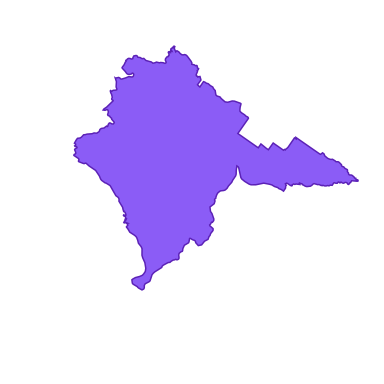 outline of Batang Hari, Jambi, Indonesia, rotated 305°
{"feature_id": "22746128B80000441774097", "entity_name": "Batang Hari", "entity_type": "district", "adm_level": 2, "iso_a3": "IDN", "parent_name": "Indonesia", "parent_adm1": "Jambi", "projection": "robinson", "projection_center": [103.186, -1.853], "detail": "fine", "context": "isolated", "style": "filled", "palette": "violet", "viewbox_px": 384, "rotation_deg": 305, "n_neighbors": 0, "source": "geoboundaries", "source_scale": "gbopen_adm2", "svg_char_len": 5977}
<svg xmlns="http://www.w3.org/2000/svg" viewBox="0 0 384 384"><g transform="rotate(305 192 192)"><path d="M299.0,276.5L296.6,275.7L296.4,274.7L296.3,245.9L295.2,246.8L295.1,244.9L283.8,245.0L282.1,244.7L281.2,244.3L280.0,244.3L279.9,243.3L278.7,243.0L278.7,230.4L270.4,230.3L270.4,227.7L270.9,220.9L266.2,220.9L266.2,196.0L284.6,196.0L285.2,195.4L285.4,194.6L285.1,192.6L285.4,191.0L285.3,187.1L285.6,185.1L286.6,184.2L289.1,182.8L292.3,181.6L292.5,180.9L290.8,174.7L289.6,172.7L286.0,169.8L284.8,167.4L285.3,162.5L285.6,161.3L285.9,160.9L285.7,159.5L285.0,157.7L285.2,155.9L288.4,152.8L289.0,150.4L289.9,148.8L289.7,145.9L290.0,143.3L289.9,142.6L289.4,141.8L289.4,139.5L289.0,138.1L282.6,138.2L282.6,137.3L283.0,135.0L288.9,135.1L291.2,132.3L290.1,131.1L289.5,130.9L289.9,130.0L289.6,129.3L289.7,128.9L290.6,128.1L293.8,127.4L294.6,126.5L295.7,127.0L296.9,126.6L296.7,125.3L297.5,124.7L298.4,123.6L298.3,123.2L297.4,122.3L297.5,121.0L296.5,118.6L297.8,117.7L298.6,116.2L300.6,110.1L300.8,108.6L300.4,107.2L299.4,106.3L298.6,105.0L298.7,102.6L299.2,101.0L299.1,98.9L298.7,98.4L297.5,98.3L299.0,95.8L299.9,94.9L301.3,94.5L301.2,93.6L299.8,93.5L299.3,93.7L299.2,93.1L298.6,93.2L297.4,92.6L296.1,93.1L296.3,93.9L295.8,94.8L295.5,93.7L294.8,93.8L294.5,94.1L293.9,92.8L293.6,92.7L293.5,93.1L293.3,92.4L293.1,92.4L292.5,92.7L292.2,93.6L291.3,94.5L290.4,94.5L290.4,94.8L289.2,94.8L288.1,93.9L285.9,93.9L284.7,94.5L283.6,96.3L283.0,96.6L281.9,96.1L281.3,94.1L280.1,92.0L279.2,91.3L278.0,88.3L276.7,87.6L275.1,86.1L275.2,84.1L273.3,78.8L273.8,75.9L272.6,74.7L272.4,72.3L271.3,70.4L272.0,69.2L271.8,67.9L270.1,66.3L268.3,66.5L267.3,67.0L266.2,66.2L265.8,64.5L265.0,63.3L263.9,62.8L263.0,62.8L262.0,62.3L261.8,62.3L261.3,63.0L260.0,62.9L257.5,63.4L253.9,63.3L253.4,63.8L252.4,68.4L251.6,70.6L251.6,71.5L251.8,72.2L252.6,73.5L253.8,74.6L255.1,74.9L255.4,75.6L255.1,76.7L253.4,77.5L252.4,77.4L251.5,76.4L250.3,74.0L247.7,72.4L244.1,69.6L243.7,68.5L244.0,67.7L243.8,66.2L241.4,64.0L241.4,63.7L239.0,66.8L234.5,69.6L233.4,71.2L232.7,71.7L231.7,71.1L230.1,69.1L228.5,68.5L228.4,67.1L227.9,67.1L226.7,68.5L225.8,70.2L223.8,72.4L222.4,72.7L222.0,73.0L221.7,73.4L221.8,74.6L221.5,75.1L212.6,73.4L209.5,72.2L208.2,72.2L209.1,74.0L210.6,74.9L210.8,75.5L210.8,76.2L209.6,77.6L207.0,78.5L206.5,79.3L206.9,81.0L206.3,82.5L206.3,83.8L205.5,84.5L204.5,88.3L203.6,88.6L202.7,88.6L201.9,87.5L201.6,85.3L201.1,84.7L199.5,84.6L197.3,85.3L197.0,85.0L197.0,84.2L193.9,83.2L192.0,81.2L190.4,80.7L188.3,81.3L185.9,80.4L185.3,79.9L184.2,77.9L182.4,76.7L179.2,72.8L177.8,71.7L176.7,70.4L173.6,70.0L172.1,69.4L170.3,67.4L168.6,67.3L164.5,67.7L164.5,69.2L163.6,69.8L162.5,69.4L162.2,70.1L162.9,71.4L162.7,72.1L162.3,72.4L159.9,71.4L159.3,71.6L157.9,73.8L157.0,74.6L156.4,74.6L155.1,73.9L154.2,74.3L154.3,79.9L153.4,81.0L152.2,81.2L151.9,81.9L153.1,86.8L153.5,87.5L154.4,88.0L154.8,88.8L154.3,92.6L154.4,100.7L152.0,106.9L150.2,109.7L149.7,111.2L149.6,115.5L150.0,116.6L150.3,121.2L145.3,131.8L145.3,134.0L145.0,135.3L144.3,136.3L142.5,137.5L139.7,143.9L137.7,146.0L137.6,146.8L136.8,147.2L137.0,148.7L135.9,150.5L135.0,151.2L134.8,151.2L134.6,150.3L134.0,150.1L134.1,149.2L133.6,149.2L133.3,149.8L133.6,151.6L132.6,152.8L132.5,153.7L132.2,153.7L131.9,153.0L131.3,153.8L130.6,153.1L130.0,154.0L129.4,153.4L127.8,153.7L127.8,154.2L129.2,155.9L129.5,157.2L128.8,156.6L128.5,157.9L127.9,158.5L126.0,158.2L125.4,158.8L125.4,159.7L123.4,164.1L123.6,169.7L123.4,171.6L122.9,172.9L121.4,175.1L119.3,177.5L118.1,181.6L116.9,183.6L111.5,187.3L109.8,189.4L107.1,193.9L103.0,197.9L100.2,199.3L97.3,199.4L95.3,199.1L92.7,197.5L89.4,194.7L86.7,193.4L85.6,193.1L83.1,195.4L82.7,196.6L83.1,201.6L82.8,202.1L82.7,203.6L83.1,207.2L84.8,208.1L86.1,207.9L88.2,206.5L90.0,206.3L93.8,208.3L95.1,208.6L101.4,206.7L103.5,206.9L105.4,207.4L112.8,210.5L114.1,210.1L115.5,210.4L120.5,212.9L121.7,214.3L123.4,214.7L125.6,215.7L126.0,216.3L127.6,217.4L127.8,218.6L129.0,219.4L129.9,219.5L131.1,218.8L132.6,217.4L133.8,216.8L134.7,216.7L136.5,217.2L137.9,218.1L138.7,217.9L140.3,217.0L144.0,216.3L148.4,218.3L149.5,218.1L152.5,216.7L152.9,216.9L153.1,217.5L153.2,219.7L153.8,221.9L153.6,223.1L152.6,224.1L151.7,227.9L154.2,230.2L158.9,230.5L162.4,232.3L165.3,231.5L166.7,231.7L168.6,231.1L172.2,231.3L173.0,231.1L174.1,230.2L174.6,225.9L175.2,225.3L176.3,225.6L178.4,225.3L178.8,226.1L181.0,226.2L182.4,225.4L185.8,220.7L186.7,218.3L190.0,215.3L195.1,216.9L197.9,216.0L198.2,215.2L199.1,214.7L200.5,215.1L201.6,214.5L204.2,213.8L206.3,213.7L209.2,214.6L211.5,217.2L212.6,218.0L213.7,218.3L215.2,218.6L217.7,218.4L222.7,219.0L224.9,218.6L230.3,218.5L232.0,217.9L235.3,215.7L239.1,213.8L239.1,215.4L238.7,216.3L231.9,223.7L231.2,225.1L230.9,229.1L231.2,234.3L231.8,236.3L234.6,240.2L240.4,245.7L242.7,250.8L243.6,253.3L243.8,256.4L244.8,259.7L244.6,261.3L245.2,263.7L245.2,266.5L248.8,266.4L250.7,265.3L251.5,265.4L252.3,263.8L253.5,264.4L253.8,265.6L253.8,268.8L254.1,270.0L254.7,270.4L255.1,269.9L256.8,270.6L257.2,271.9L258.2,272.6L260.0,276.0L260.7,274.8L261.1,274.9L261.1,275.7L261.8,277.4L261.3,278.3L261.5,278.5L261.7,281.5L262.3,283.0L264.7,285.7L266.1,286.3L268.2,286.7L268.9,287.2L270.1,290.7L271.0,291.8L271.4,294.1L271.7,294.3L271.9,295.1L272.6,295.4L273.0,297.0L273.8,298.3L275.2,299.5L275.6,300.7L276.9,301.3L277.9,303.0L280.4,302.9L281.2,303.2L281.6,304.6L282.5,306.0L284.1,306.1L284.4,306.9L284.3,308.0L285.2,308.1L285.7,308.8L285.6,309.8L285.9,310.7L286.3,311.3L287.7,311.9L288.2,312.7L288.4,313.8L287.8,315.1L287.9,315.8L288.5,316.1L289.9,316.0L290.6,316.5L292.8,316.3L295.6,321.2L296.3,321.7L296.9,321.2L296.9,320.5L296.3,319.2L297.2,318.3L296.7,317.2L297.2,316.4L297.5,313.8L297.3,312.8L296.3,311.2L296.3,310.6L296.4,310.1L297.3,309.3L297.8,307.6L298.9,307.0L299.4,306.4L299.1,303.6L299.6,301.9L299.1,300.3L299.4,299.3L300.1,298.8L300.7,295.6L300.6,294.3L299.4,292.6L299.6,291.3L299.4,288.3L298.4,287.2L297.9,286.1L297.4,283.8L297.8,279.9L298.9,278.4L299.0,276.5Z" fill="#8b5cf6" stroke="#5b21b6" stroke-width="1.5"/></g></svg>